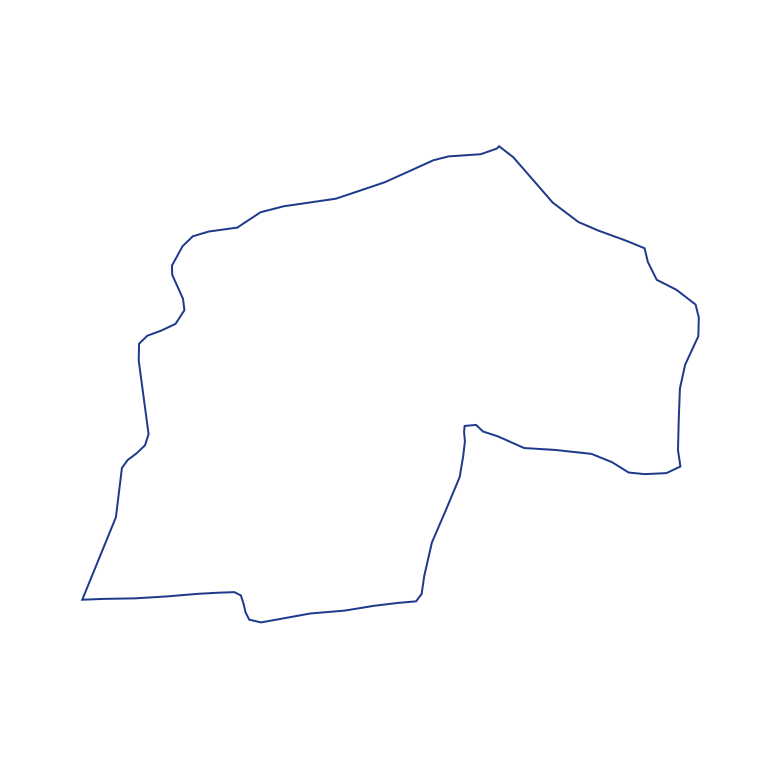 SVG path tracing the border of Delčevo, rotated 265°
{"feature_id": "MKD-3005", "entity_name": "Delčevo", "entity_type": "Statistical Region", "adm_level": 1, "iso_a3": "MKD", "parent_name": "North Macedonia", "parent_adm1": "", "projection": "orthographic", "projection_center": [22.736, 41.933], "detail": "fine", "context": "isolated", "style": "outline", "palette": "blue", "viewbox_px": 768, "rotation_deg": 265, "n_neighbors": 0, "source": "natural_earth", "source_scale": "10m", "svg_char_len": 1243}
<svg xmlns="http://www.w3.org/2000/svg" viewBox="0 0 768 768"><g transform="rotate(265 384 384)"><path d="M195.4,64.6L274.6,105.3L323.2,115.6L330.6,122.0L336.6,131.6L343.9,140.7L354.6,145.1L428.8,141.7L445.5,143.5L452.7,152.4L456.6,166.7L462.1,181.6L474.9,191.6L486.4,191.2L511.3,182.5L520.5,183.1L538.9,195.4L547.8,206.4L551.0,221.8L551.2,223.0L552.6,252.0L553.1,252.3L565.9,276.1L569.8,299.6L572.8,352.2L585.0,402.6L602.6,452.7L605.1,468.1L604.5,500.4L608.7,517.0L610.8,519.3L610.6,519.6L605.6,525.0L598.8,532.4L578.8,547.0L550.0,567.9L528.4,591.8L518.3,610.6L505.1,638.8L496.5,655.4L482.5,657.5L464.0,664.8L452.3,683.6L436.0,701.3L422.8,703.4L407.7,701.7L404.2,701.3L377.0,685.7L353.7,678.4L320.3,674.2L292.4,671.1L276.0,672.1L271.8,660.8L270.6,657.5L271.5,635.7L274.5,620.0L286.2,604.4L296.3,584.6L303.3,549.2L308.0,518.0L321.9,492.9L328.1,478.4L335.2,472.2L335.2,460.7L329.6,459.6L319.7,459.6L304.8,456.5L284.8,451.3L252.9,434.6L221.9,417.9L189.4,407.4L171.6,403.2L164.7,397.0L164.7,378.2L163.9,354.3L161.7,325.1L161.8,290.7L160.5,276.5L157.2,240.7L161.0,229.2L168.8,226.1L176.5,225.1L185.8,223.0L189.7,216.8L190.5,201.2L191.2,180.4L191.3,149.1L192.2,116.8L194.4,85.5L195.4,64.6Z" fill="none" stroke="#1e3a8a" stroke-width="2"/></g></svg>